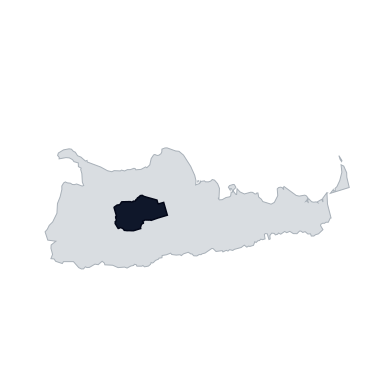 Argentina, with Córdoba highlighted, rotated 254°
{"feature_id": "ARG-1299", "entity_name": "Córdoba", "entity_type": "Province", "adm_level": 1, "iso_a3": "ARG", "parent_name": "Argentina", "parent_adm1": "", "projection": "robinson", "projection_center": [-63.644, -32.213], "detail": "fine", "context": "in_parent", "style": "filled", "palette": "ink", "viewbox_px": 384, "rotation_deg": 254, "n_neighbors": 0, "source": "natural_earth", "source_scale": "10m", "svg_char_len": 5931}
<svg xmlns="http://www.w3.org/2000/svg" viewBox="0 0 384 384"><g transform="rotate(254 192 192)"><path d="M235.7,116.7L233.6,120.5L234.0,123.0L232.0,129.0L232.5,130.2L230.8,133.0L231.3,136.0L230.5,139.0L230.8,142.7L230.2,143.8L228.8,144.1L227.8,149.3L228.9,154.3L227.8,155.3L229.7,158.9L235.4,162.0L238.2,165.3L238.3,166.6L236.7,168.6L236.5,170.3L237.3,172.6L238.8,174.0L241.5,174.9L241.8,178.1L241.3,180.2L236.0,187.5L234.7,190.7L229.8,194.0L217.0,197.8L207.2,199.2L201.5,198.9L197.8,197.4L198.1,201.6L199.9,202.8L199.0,202.8L199.7,203.6L199.3,207.0L198.1,207.7L197.2,210.5L197.3,212.9L198.4,214.9L197.2,216.9L192.9,218.9L187.9,219.4L178.5,216.2L178.9,215.7L178.4,215.5L176.9,216.1L176.3,218.9L177.3,223.2L177.0,226.9L177.6,228.1L181.0,229.6L180.7,231.1L181.9,231.2L184.3,230.9L184.6,229.7L183.3,229.2L186.6,228.3L187.8,229.8L187.9,233.7L187.4,234.7L184.8,235.4L184.1,235.2L182.6,232.5L181.4,232.0L177.7,233.4L177.3,234.2L182.7,236.2L178.8,238.2L175.7,241.8L175.6,248.4L174.9,250.2L172.8,251.9L172.5,253.1L173.2,253.9L172.9,255.1L168.8,254.7L165.9,256.7L163.3,257.4L158.5,264.7L159.3,268.3L164.8,273.4L171.5,274.8L172.4,276.5L172.2,278.6L171.4,279.8L168.9,280.9L171.0,280.9L171.9,282.0L160.0,291.2L158.5,293.9L157.9,299.5L157.0,300.7L154.6,301.8L152.9,300.6L151.5,298.6L151.6,300.2L149.3,300.9L152.1,300.9L153.4,302.3L149.7,304.3L148.7,306.1L148.3,308.6L146.9,310.1L148.0,309.8L149.2,314.7L146.3,315.1L149.9,315.9L154.2,321.5L153.8,322.0L153.7,321.4L143.0,318.9L128.7,318.5L128.8,317.7L125.4,314.7L126.0,312.5L125.4,310.7L126.0,309.0L125.5,307.0L124.2,306.3L119.7,307.5L116.9,302.0L116.9,299.0L116.1,297.0L116.8,294.5L119.1,294.4L119.7,291.8L122.7,289.8L122.6,287.3L124.4,285.9L124.8,284.6L123.0,281.4L124.1,277.9L127.2,275.2L126.8,271.8L128.5,270.2L127.0,265.7L128.7,263.8L127.8,262.7L127.8,260.3L129.5,259.7L130.5,257.2L128.6,254.8L125.3,254.2L125.1,252.9L131.1,252.8L131.8,251.0L131.3,249.9L126.8,249.3L126.7,246.7L127.7,245.1L126.7,243.5L127.0,242.0L125.8,239.7L126.9,238.7L123.8,236.4L123.7,232.6L124.4,231.6L123.9,229.5L126.5,227.6L125.1,224.0L125.2,216.9L124.6,215.1L126.2,212.2L125.3,210.3L126.5,208.8L125.9,205.2L127.3,204.9L128.2,198.7L131.6,196.8L132.3,195.6L129.7,187.7L129.8,184.7L129.3,183.4L129.9,181.6L129.2,179.1L130.2,176.1L132.5,174.9L132.7,173.9L135.1,171.8L134.9,166.8L133.8,164.2L135.0,163.2L135.7,159.4L137.5,155.3L139.1,154.6L138.7,150.0L139.2,145.8L137.1,145.0L137.5,142.0L136.7,141.3L136.3,138.1L134.8,135.4L134.7,134.1L135.5,133.3L133.9,132.2L132.8,129.7L133.0,127.3L133.2,125.7L134.9,124.5L134.5,123.4L135.9,118.6L137.6,118.3L138.4,116.6L137.5,115.7L137.7,112.8L136.8,108.6L138.4,106.5L139.7,100.1L143.5,95.5L146.0,88.2L148.0,88.1L150.2,86.5L148.0,81.8L149.4,78.8L147.8,72.6L148.3,70.2L149.5,68.9L148.0,66.5L148.5,64.5L150.5,62.3L157.7,58.9L160.5,49.3L159.0,47.6L162.9,41.9L165.7,40.9L166.8,38.0L170.5,40.8L176.8,40.9L179.9,42.0L182.2,47.6L185.5,40.1L194.2,39.8L196.0,42.6L199.3,45.6L201.6,49.8L208.8,56.3L218.0,59.5L223.7,63.9L230.3,67.6L233.6,68.5L236.1,71.1L236.6,73.0L235.2,74.6L234.0,77.5L232.2,79.1L231.5,81.0L231.5,83.3L228.0,88.0L228.1,89.7L231.6,89.3L240.1,91.2L244.2,91.2L245.5,92.0L247.7,89.8L251.3,90.7L253.7,86.9L256.0,86.1L258.6,83.5L259.8,80.3L260.5,73.4L261.8,73.9L264.2,72.9L266.3,74.3L267.9,80.1L267.4,85.7L266.4,87.9L263.8,89.2L262.4,90.8L258.4,92.0L256.1,94.9L251.1,98.1L251.3,99.8L249.7,99.6L241.2,111.1L235.7,116.7ZM153.0,344.4L152.6,324.6L155.4,328.5L154.1,328.3L153.7,330.1L156.0,330.5L157.2,332.8L162.3,337.2L169.7,341.5L177.1,342.8L175.1,345.0L167.9,346.0L163.6,344.9L153.0,344.4ZM180.0,344.2L182.2,343.4L186.5,343.2L180.9,344.8L180.0,344.2ZM201.1,200.6L201.0,201.4L199.6,200.1L201.1,200.6Z" fill="#d9dde1" stroke="#a8b0b8" stroke-width="1"/><path d="M200.1,116.4L199.7,118.9L199.7,119.1L199.8,119.2L201.6,121.3L201.9,121.8L201.8,122.3L199.8,130.0L199.6,130.3L199.3,130.7L199.0,131.0L198.9,131.1L198.9,131.3L199.0,131.5L199.0,132.2L199.0,132.3L199.0,132.8L199.1,133.0L199.2,133.3L199.3,133.3L199.2,133.7L199.1,133.9L199.0,134.0L199.0,134.3L199.0,135.0L199.4,135.4L199.6,135.7L199.9,135.9L200.1,136.0L200.4,136.9L200.4,137.0L200.6,137.3L201.2,137.8L201.4,138.0L201.4,138.3L201.5,138.6L201.5,138.9L201.6,139.0L201.8,139.2L201.8,139.3L201.7,139.4L201.7,139.5L201.5,139.8L201.9,140.0L202.0,140.0L202.3,140.5L202.4,140.8L202.7,141.1L202.8,141.3L202.8,141.5L202.7,141.7L202.6,141.9L202.6,142.1L202.6,142.7L202.6,142.9L202.5,143.1L202.4,143.4L202.1,143.7L202.0,143.8L201.9,143.8L201.7,143.9L201.3,144.2L199.5,147.0L197.1,150.9L193.9,156.1L190.1,156.1L189.9,156.4L189.8,157.9L189.8,161.9L185.3,161.9L181.1,161.9L176.5,161.9L176.4,152.1L176.0,145.0L176.1,144.9L176.3,144.4L176.5,144.3L176.8,144.2L176.7,143.8L176.7,143.7L176.8,143.6L177.0,143.2L177.0,142.8L176.9,142.7L177.0,142.6L177.3,142.0L177.3,141.9L177.3,141.5L177.3,141.4L177.5,141.1L177.5,140.9L177.5,140.7L177.7,140.4L177.8,139.9L178.0,139.5L178.0,139.3L178.0,139.0L178.0,138.9L178.0,138.6L177.9,138.4L177.7,137.9L177.6,137.7L177.7,137.3L177.7,137.0L177.7,136.7L177.5,136.4L177.4,136.4L177.3,136.5L176.5,136.7L175.6,136.8L175.5,136.7L175.4,136.6L175.4,136.2L175.3,135.8L175.2,135.7L175.1,135.4L175.1,135.1L175.1,134.9L174.8,134.5L174.6,134.3L172.4,132.9L172.0,132.7L171.7,132.6L171.0,132.6L171.0,130.1L170.9,126.9L170.9,125.2L171.0,124.7L171.5,123.1L171.6,122.7L171.8,122.3L172.4,120.3L172.4,120.1L172.5,119.9L172.7,119.2L172.8,118.8L172.8,118.7L173.0,118.5L173.1,118.2L173.8,116.3L175.4,115.8L175.8,115.5L176.5,114.8L177.4,113.8L177.5,113.6L177.2,111.3L177.3,111.0L177.9,110.8L180.2,110.2L181.7,109.8L182.6,109.5L182.9,109.5L184.4,110.0L184.5,110.0L184.5,110.4L184.5,110.5L185.3,111.0L185.5,111.3L186.0,111.4L186.2,111.5L186.3,111.6L186.9,111.7L187.1,111.7L188.0,111.5L188.7,111.7L188.8,111.7L189.1,111.7L189.2,111.8L189.2,112.1L189.2,112.3L189.3,112.3L189.6,112.3L189.7,112.5L189.8,112.8L190.0,112.8L194.5,112.8L197.2,112.8L198.5,112.8L198.9,113.1L200.1,116.4Z" fill="#0f172a" stroke="#020617" stroke-width="1.5"/></g></svg>